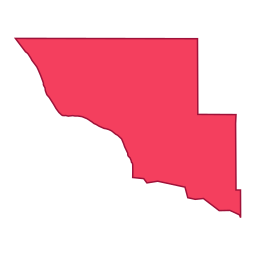 Big Stone, Minnesota, United States of America (Albers equal-area conic projection)
{"feature_id": "52423323B63944458530460", "entity_name": "Big Stone", "entity_type": "district", "adm_level": 2, "iso_a3": "USA", "parent_name": "United States of America", "parent_adm1": "Minnesota", "projection": "albers", "projection_center": [-96.519, 45.381], "detail": "fine", "context": "isolated", "style": "filled", "palette": "rose", "viewbox_px": 256, "rotation_deg": 0, "n_neighbors": 0, "source": "geoboundaries", "source_scale": "gbopen_adm2", "svg_char_len": 976}
<svg xmlns="http://www.w3.org/2000/svg" viewBox="0 0 256 256"><path d="M193.9,38.7L15.4,38.4L25.6,51.9L26.5,52.4L28.1,53.9L30.8,58.1L32.0,60.4L36.8,66.8L38.2,69.7L40.6,75.3L42.8,81.2L43.4,83.0L43.4,84.7L43.7,85.5L45.0,87.8L45.4,90.8L46.7,94.3L47.1,95.0L49.3,97.5L53.4,103.9L56.1,108.6L59.0,112.5L61.7,115.0L62.7,115.5L64.3,115.6L65.8,115.5L68.3,116.1L72.7,115.6L75.0,116.0L77.9,116.0L82.0,116.6L87.1,118.7L92.1,122.0L94.0,123.5L96.3,124.5L99.1,126.2L104.1,128.4L106.0,128.7L108.7,129.5L111.5,130.8L115.7,134.2L117.6,135.2L121.6,138.9L123.6,143.6L124.6,146.6L127.3,152.3L127.7,153.0L127.8,154.9L128.1,155.8L128.5,156.4L130.0,157.8L131.2,160.6L131.5,162.3L132.4,163.2L132.7,164.7L132.8,170.8L132.7,177.5L143.7,178.6L146.9,182.9L157.7,181.2L185.0,187.1L187.8,197.7L195.2,199.3L203.4,198.5L219.2,210.6L229.9,210.4L239.4,214.8L240.6,217.6L240.5,190.0L236.0,190.0L235.6,123.5L236.0,114.6L197.8,114.4L197.5,38.7L193.9,38.7Z" fill="#f43f5e" stroke="#9f1239" stroke-width="1.5"/></svg>